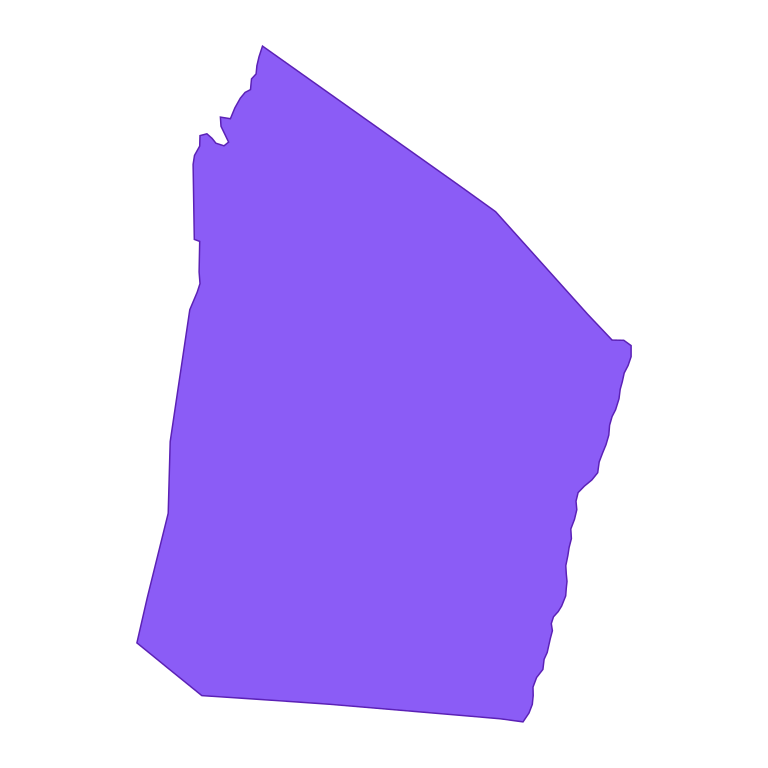 the district of Cafarnaum, Bahia, Brazil
{"feature_id": "56859067B91218172071178", "entity_name": "Cafarnaum", "entity_type": "district", "adm_level": 2, "iso_a3": "BRA", "parent_name": "Brazil", "parent_adm1": "Bahia", "projection": "robinson", "projection_center": [-41.478, -11.714], "detail": "fine", "context": "isolated", "style": "filled", "palette": "violet", "viewbox_px": 768, "rotation_deg": 0, "n_neighbors": 0, "source": "geoboundaries", "source_scale": "gbopen_adm2", "svg_char_len": 1252}
<svg xmlns="http://www.w3.org/2000/svg" viewBox="0 0 768 768"><path d="M193.1,164.4L194.3,239.4L199.7,241.4L199.1,272.0L200.0,283.6L197.2,292.2L189.8,309.7L180.8,370.3L178.6,385.0L170.2,441.6L168.2,513.3L147.3,597.6L136.9,642.9L157.1,659.3L167.0,667.4L173.8,672.9L201.8,695.6L268.0,700.0L328.7,704.2L462.2,715.5L500.4,718.8L523.0,721.9L529.0,713.0L532.3,704.4L533.2,695.5L533.0,687.1L536.6,677.5L542.9,669.4L544.1,659.3L547.2,652.5L548.6,646.2L550.3,638.6L552.4,630.7L551.3,623.6L553.5,616.8L558.2,611.6L561.6,606.1L565.7,595.9L566.3,588.0L567.0,581.4L566.3,574.2L565.8,565.7L567.9,555.4L569.1,547.5L571.4,538.6L570.8,529.0L574.5,519.3L576.8,509.7L576.0,501.2L578.1,492.6L584.4,486.1L591.9,479.9L597.7,472.7L599.2,461.9L602.5,453.2L606.0,444.7L608.8,435.1L609.6,425.2L612.1,416.5L615.6,409.7L619.0,398.8L620.2,389.3L622.3,381.7L624.2,373.0L628.1,365.5L631.1,356.7L631.1,345.6L623.8,340.3L612.1,340.1L587.5,314.1L495.6,211.7L459.3,185.6L262.5,46.1L259.0,56.8L256.9,65.7L256.1,73.9L251.5,78.9L250.5,89.6L245.1,92.4L240.3,98.2L234.9,107.8L230.4,118.7L220.4,117.1L221.0,126.3L225.3,135.2L228.6,142.1L224.0,145.8L215.9,143.2L212.1,138.4L206.9,133.8L200.0,135.6L199.7,146.1L194.5,155.4L193.1,164.4Z" fill="#8b5cf6" stroke="#5b21b6" stroke-width="1.5"/></svg>